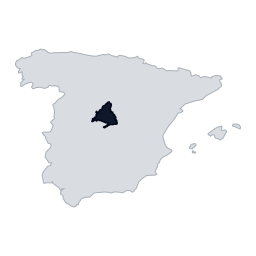 Madrid highlighted on a map of Spain
{"feature_id": "ESP-5833", "entity_name": "Madrid", "entity_type": "Autonomous Community", "adm_level": 1, "iso_a3": "ESP", "parent_name": "Spain", "parent_adm1": "", "projection": "robinson", "projection_center": [-3.775, 40.528], "detail": "fine", "context": "in_parent", "style": "filled", "palette": "ink", "viewbox_px": 256, "rotation_deg": 0, "n_neighbors": 0, "source": "natural_earth", "source_scale": "10m", "svg_char_len": 7205}
<svg xmlns="http://www.w3.org/2000/svg" viewBox="0 0 256 256"><path d="M137.7,56.3L137.8,57.0L139.1,58.3L143.1,59.1L144.1,59.7L143.9,61.5L143.0,63.1L143.8,63.8L144.8,63.8L145.9,62.5L146.2,63.4L148.0,64.1L152.0,65.6L154.8,65.8L157.8,68.7L162.5,68.1L166.8,70.9L170.8,70.3L171.7,70.8L177.9,70.9L178.1,68.6L178.9,67.7L189.7,70.9L191.0,72.8L190.8,73.8L191.5,76.0L192.9,75.9L195.7,74.7L199.4,76.2L200.4,77.6L201.1,77.7L203.9,76.3L211.4,78.0L211.6,76.9L212.2,76.6L215.3,75.6L216.5,75.4L220.6,76.1L221.1,77.4L221.9,77.9L222.2,79.0L219.9,79.7L219.7,81.6L221.2,83.2L221.5,86.0L217.6,89.6L206.2,95.7L202.5,99.4L194.0,101.2L185.2,104.0L180.0,108.8L181.4,109.2L183.0,110.9L182.5,111.6L180.2,112.7L178.1,113.1L174.3,119.1L169.1,125.3L167.2,128.1L163.0,135.4L163.0,137.5L165.2,144.7L166.4,146.7L168.1,148.3L171.3,149.6L172.1,151.0L171.1,152.2L167.9,154.5L162.4,157.6L160.1,160.0L159.6,162.4L158.0,163.4L157.4,166.7L155.3,171.2L155.1,172.4L156.9,174.1L155.2,175.1L146.6,175.5L141.4,179.1L138.7,182.2L136.4,188.1L133.5,191.6L132.2,192.2L130.2,190.7L127.7,190.5L125.2,191.0L124.0,192.2L122.0,192.8L120.0,192.3L115.8,191.9L114.0,192.0L111.1,193.0L108.6,192.3L104.3,192.0L95.2,192.8L94.0,193.1L89.9,197.1L85.5,197.2L81.5,198.8L78.8,202.7L78.2,204.7L77.4,204.2L76.8,204.4L76.5,206.0L73.7,207.0L70.6,205.7L68.0,203.8L66.7,203.6L64.5,200.7L63.5,198.8L62.9,196.7L62.8,195.3L60.9,194.4L60.4,192.6L61.9,190.1L63.8,188.8L62.0,188.9L60.7,190.5L59.1,187.9L52.5,183.0L52.9,181.3L51.8,182.6L51.0,182.9L47.6,182.7L43.7,183.3L42.1,175.0L43.2,172.1L47.6,166.4L50.4,165.6L51.5,162.7L49.0,162.8L45.1,157.1L46.2,151.9L50.2,147.9L50.9,146.3L51.1,144.9L50.3,143.8L48.2,143.3L46.0,139.1L45.5,136.5L43.7,135.0L42.2,132.5L43.6,132.1L49.2,132.1L50.6,131.4L51.6,129.7L52.7,126.8L53.0,125.1L50.8,122.6L50.8,122.1L51.1,121.3L54.5,118.6L53.9,116.5L54.5,112.3L54.2,109.7L53.9,107.7L52.8,105.0L53.5,104.0L55.3,103.0L56.8,100.9L58.9,99.0L61.6,97.6L64.8,94.4L64.3,93.0L63.2,92.2L59.3,91.6L59.1,90.9L59.1,87.5L58.2,86.1L56.7,86.2L54.6,85.6L54.1,86.0L51.3,85.9L49.4,85.3L48.6,85.8L48.4,87.0L45.1,88.3L43.3,88.2L40.3,87.2L37.0,87.5L36.6,87.3L33.7,88.7L32.7,88.7L31.5,87.0L33.2,84.5L31.8,82.2L31.0,82.1L25.6,83.8L22.4,86.1L21.2,86.4L20.7,86.0L20.7,82.8L24.0,79.3L21.9,79.1L22.1,78.1L23.4,76.5L22.1,75.3L22.2,71.9L19.2,73.0L18.5,72.8L18.5,71.4L20.3,68.7L18.5,68.4L17.1,67.3L15.4,65.0L15.4,63.9L16.4,61.0L19.0,59.7L21.5,57.8L24.9,58.1L30.0,56.5L31.8,55.6L31.8,54.5L31.2,53.6L31.7,52.8L35.9,50.5L38.4,50.2L40.9,49.0L42.6,49.8L44.1,49.5L45.8,50.4L48.0,52.5L51.3,53.3L54.0,52.7L67.4,52.5L71.3,51.5L74.2,52.7L79.9,53.3L83.4,54.4L92.9,56.1L96.4,56.2L103.3,54.4L105.2,54.9L108.0,54.0L109.3,54.2L111.1,55.4L117.2,57.0L118.8,55.6L120.0,55.3L124.4,56.2L128.8,57.9L131.1,58.0L134.5,57.6L137.7,56.3ZM221.1,129.8L222.7,130.5L224.4,129.9L225.3,130.1L226.2,130.4L226.5,131.7L223.0,138.1L220.2,139.9L217.2,138.5L215.5,138.1L215.0,137.6L214.6,135.6L213.8,134.9L212.7,134.6L210.5,136.2L209.8,135.2L208.7,135.0L208.2,134.3L208.2,133.5L215.1,128.5L217.0,127.4L221.3,126.1L221.9,126.3L221.4,127.1L222.0,127.8L221.1,129.8ZM240.6,127.2L240.0,129.0L234.8,126.7L233.1,126.4L232.7,126.0L232.8,124.3L236.3,124.0L239.1,124.9L240.6,127.2ZM193.0,147.7L192.4,149.0L189.9,148.5L189.3,148.0L189.8,146.6L190.5,146.4L190.6,145.4L191.3,144.4L194.9,143.5L195.8,144.2L196.0,145.2L193.8,147.4L193.0,147.7ZM195.6,152.7L195.2,153.0L192.4,152.8L192.4,151.9L192.9,150.8L194.0,151.9L195.6,152.1L195.6,152.7Z" fill="#d9dde1" stroke="#a8b0b8" stroke-width="1"/><path d="M117.0,122.3L116.8,122.3L116.7,122.4L116.7,122.6L116.8,122.7L116.9,122.9L116.9,123.0L117.0,123.2L117.1,123.3L117.1,123.5L116.9,123.9L116.6,124.1L116.3,124.2L115.4,124.2L115.4,123.9L115.1,123.7L114.4,124.0L113.4,124.5L112.7,124.6L112.3,124.6L112.0,124.4L111.4,124.6L109.8,124.6L109.6,124.7L109.4,125.0L109.2,125.1L108.6,125.3L108.4,125.4L108.2,125.5L107.9,125.6L107.6,125.7L107.5,125.8L107.5,126.1L107.4,126.3L107.0,126.4L106.7,126.6L106.2,126.7L105.9,126.8L105.6,127.1L105.4,127.3L105.2,127.3L105.0,127.5L104.8,127.7L104.6,127.7L104.4,127.7L103.8,127.4L103.6,127.2L103.7,126.9L103.9,126.8L105.0,126.5L105.2,126.4L105.5,126.1L105.9,126.0L106.2,125.8L107.0,125.0L107.2,124.9L107.3,124.8L107.5,124.7L107.8,124.4L108.0,123.9L108.0,123.6L107.9,123.4L107.7,123.2L106.9,122.9L106.6,122.8L106.3,122.8L106.1,122.7L105.7,122.8L105.5,122.7L105.4,122.7L105.0,122.3L104.9,122.2L104.5,122.2L104.3,122.2L104.2,122.1L104.0,121.9L103.9,121.8L103.1,121.6L102.6,121.4L101.7,121.1L101.3,120.9L101.2,120.8L101.1,120.6L100.9,120.4L100.5,120.3L100.4,120.3L100.2,120.4L100.1,120.5L99.8,120.6L99.5,120.5L99.2,120.4L98.8,120.0L98.7,119.9L98.4,119.8L98.0,120.0L97.6,120.1L97.4,120.2L97.3,120.3L97.2,120.5L96.9,120.8L96.7,121.0L96.3,120.8L96.0,120.7L95.9,120.6L95.6,120.2L95.6,119.9L95.6,119.6L95.6,119.4L95.4,119.3L95.1,119.6L94.9,119.9L94.4,120.4L94.3,120.5L94.1,120.7L93.9,120.8L93.4,121.0L93.2,121.2L93.0,121.3L92.9,121.4L92.8,121.5L92.6,121.5L92.3,121.5L91.9,121.2L92.1,120.9L92.3,120.2L92.5,119.8L92.6,119.7L92.6,119.4L92.5,119.1L92.5,118.9L92.6,118.7L92.8,118.7L93.0,119.0L93.5,119.1L93.8,118.9L93.9,118.7L94.1,118.4L94.2,118.2L94.3,117.6L94.5,117.4L94.7,117.2L94.8,117.2L95.0,117.3L95.3,117.3L95.9,117.2L96.0,117.1L96.0,116.8L96.1,116.3L96.2,116.1L96.2,115.9L96.1,115.7L96.2,115.4L96.1,115.2L96.2,114.9L96.1,114.7L96.3,114.3L96.4,114.2L96.5,114.1L96.7,113.9L96.7,113.7L96.7,113.4L96.7,113.2L96.6,112.9L96.8,112.8L97.0,113.1L97.3,113.3L97.7,113.2L98.0,113.1L98.4,113.0L98.6,112.9L98.6,112.7L98.6,112.4L98.7,112.1L98.8,111.6L99.3,110.9L100.0,109.9L100.5,109.6L100.9,109.6L101.0,109.7L101.5,109.6L101.8,109.4L101.9,109.2L102.0,108.9L102.1,108.5L102.1,108.3L102.2,108.1L102.3,108.0L102.3,107.8L102.3,107.6L102.3,107.4L102.3,107.2L102.6,106.7L102.8,106.4L103.0,106.2L103.3,105.9L104.7,105.5L104.9,105.4L105.0,105.3L105.2,105.0L105.3,104.8L105.4,104.7L105.6,104.3L105.8,104.2L106.0,104.0L106.7,103.5L107.0,103.2L107.3,102.8L107.4,102.7L107.6,102.5L107.7,102.4L108.3,102.1L109.0,101.9L109.1,102.3L109.7,102.9L109.9,103.1L110.1,103.3L110.6,103.6L110.9,103.6L111.1,104.3L111.3,105.0L111.3,105.3L111.1,105.7L111.1,105.9L111.0,106.0L110.9,106.5L110.7,106.8L110.7,107.0L110.6,107.3L110.7,107.7L110.6,107.8L110.4,107.9L110.3,108.0L110.2,108.7L110.1,108.8L110.0,109.0L109.9,109.2L109.9,109.3L109.9,109.5L110.0,109.6L110.5,109.7L110.6,109.8L110.7,110.1L110.7,110.3L110.8,110.5L110.8,110.8L110.8,111.0L110.6,111.2L110.5,111.4L110.6,111.5L110.8,111.8L111.2,111.8L111.4,111.8L111.5,111.7L111.8,111.8L112.0,112.2L112.2,112.3L112.4,112.4L112.5,112.5L112.6,112.4L112.8,112.4L112.7,112.8L112.7,113.4L112.8,113.6L113.0,113.8L113.3,114.0L113.3,114.3L113.3,114.5L113.2,114.6L113.3,114.7L113.5,114.7L113.8,114.5L114.0,114.5L114.3,114.7L114.4,114.8L114.7,115.1L114.8,115.2L114.8,115.3L114.8,115.8L114.8,116.4L114.9,116.5L115.0,116.6L115.3,116.7L115.5,116.9L115.8,117.3L115.8,117.5L115.8,117.8L115.8,118.0L115.7,118.3L115.7,118.5L115.5,118.8L115.3,119.0L115.2,119.2L115.1,119.4L115.1,119.6L115.1,119.8L115.0,120.0L115.1,120.5L115.3,120.6L115.5,120.4L116.1,120.0L116.2,119.9L116.4,120.1L116.6,120.3L116.7,120.7L116.8,120.9L116.8,121.1L116.8,121.5L117.0,122.3ZM96.9,111.5L97.2,112.1L96.1,112.2L96.2,111.7L96.5,111.4L96.9,111.5Z" fill="#0f172a" stroke="#020617" stroke-width="1.5"/></svg>